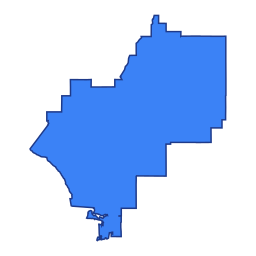 Benito Juárez, Sonora, Mexico (Natural Earth projection)
{"feature_id": "50627088B53965479624602", "entity_name": "Benito Juárez", "entity_type": "district", "adm_level": 2, "iso_a3": "MEX", "parent_name": "Mexico", "parent_adm1": "Sonora", "projection": "natural_earth1", "projection_center": [-109.898, 27.098], "detail": "fine", "context": "isolated", "style": "filled", "palette": "blue", "viewbox_px": 256, "rotation_deg": 0, "n_neighbors": 0, "source": "geoboundaries", "source_scale": "gbopen_adm2", "svg_char_len": 5425}
<svg xmlns="http://www.w3.org/2000/svg" viewBox="0 0 256 256"><path d="M158.6,15.4L154.2,15.4L153.3,19.0L152.7,19.0L152.3,20.0L152.7,23.3L152.3,23.9L151.7,24.5L151.3,24.7L151.2,36.5L141.2,36.5L141.5,37.6L140.8,38.5L139.7,39.3L139.3,39.8L137.6,42.2L136.2,43.3L136.2,51.5L136.3,55.3L129.8,55.4L129.4,56.2L128.6,58.3L128.2,62.7L127.3,64.4L126.7,65.2L126.0,65.9L125.4,66.4L125.2,67.1L124.6,69.6L121.7,74.3L120.3,76.4L120.9,76.9L120.5,77.4L120.9,77.8L121.9,79.6L114.8,79.5L114.8,86.9L98.9,87.0L91.1,87.0L91.2,79.5L89.6,79.6L86.7,79.7L70.4,79.6L70.5,87.0L70.5,91.8L70.5,95.8L61.8,95.8L61.8,99.9L61.6,111.9L46.8,111.9L46.8,121.0L47.3,121.0L47.6,120.9L47.8,120.8L48.2,120.7L48.0,121.7L48.0,122.2L48.1,122.7L48.4,122.9L48.7,123.2L48.4,123.8L47.7,125.1L47.9,125.2L47.6,125.6L42.0,133.0L40.3,135.3L40.1,135.5L38.6,137.6L32.0,146.3L30.1,148.8L30.2,149.3L30.4,149.8L31.0,150.4L31.1,150.6L31.5,150.8L32.1,151.0L32.4,151.3L32.8,152.1L33.3,152.5L33.5,152.7L34.1,153.0L34.3,153.0L35.0,153.4L35.6,153.6L36.7,154.6L37.1,154.7L38.4,155.2L39.1,155.6L39.5,155.7L40.0,156.0L40.7,156.5L41.7,156.8L44.5,157.0L45.3,157.1L45.7,157.2L46.0,157.4L46.8,157.5L47.0,158.5L47.3,159.6L47.5,160.2L48.0,160.8L48.5,161.2L49.6,161.6L49.7,161.9L50.3,162.4L50.6,162.6L51.2,163.5L51.4,163.7L52.4,164.5L52.9,165.2L53.9,165.9L54.1,166.0L54.4,166.2L54.8,166.5L55.6,166.8L55.8,167.5L56.2,168.0L56.6,168.8L57.1,169.3L58.1,170.5L58.3,171.0L59.6,171.7L60.0,172.3L60.4,173.1L61.1,174.0L61.3,174.7L61.6,175.2L62.0,175.6L62.3,176.2L62.6,176.7L63.0,177.2L63.2,177.6L63.5,178.2L63.8,178.5L64.0,178.7L64.3,178.7L64.4,178.8L65.6,182.3L65.5,183.4L65.6,183.8L65.8,184.2L66.1,184.6L66.7,185.2L67.1,185.7L67.7,187.1L68.4,188.0L68.9,188.8L69.1,189.8L69.3,190.6L69.6,191.5L70.1,192.2L70.3,192.3L70.3,192.5L70.8,193.1L71.2,193.3L71.5,193.9L72.0,194.5L72.0,194.9L71.8,195.6L72.0,196.7L72.0,197.2L71.9,198.4L71.7,198.7L71.2,198.8L70.5,198.7L70.0,198.7L71.3,206.3L71.3,206.2L71.6,206.1L93.4,207.7L93.2,207.9L93.2,208.0L93.3,208.2L93.4,208.3L93.6,208.4L93.9,208.4L94.1,208.6L94.4,208.8L94.4,209.1L94.5,209.7L94.6,210.5L94.4,211.0L93.7,212.3L93.4,212.8L93.2,213.1L93.6,213.2L93.9,213.3L94.4,213.3L94.9,213.3L95.1,213.7L95.9,214.0L96.3,213.6L96.5,213.6L96.8,213.7L97.0,213.7L97.5,214.0L97.8,213.9L98.0,214.0L98.4,214.3L98.6,214.4L98.9,214.2L99.1,214.3L99.3,214.5L99.7,214.7L100.4,215.0L100.7,215.3L101.2,215.5L101.7,215.6L102.3,215.5L102.5,215.5L102.8,215.7L103.0,215.7L103.4,215.6L103.8,215.1L104.6,214.6L104.8,214.6L105.2,214.4L105.3,214.5L105.5,214.6L105.8,214.6L106.0,214.8L106.2,214.7L106.5,214.7L106.9,214.6L107.1,214.5L107.3,214.6L107.1,215.4L107.2,215.5L106.9,215.5L106.4,215.7L106.1,215.7L106.0,215.9L104.7,216.6L104.5,216.9L104.4,216.9L104.3,216.7L104.1,216.7L103.9,216.8L103.7,216.9L103.5,217.1L103.4,217.4L103.3,217.9L103.1,218.2L102.8,218.4L99.8,216.9L99.4,218.5L97.6,217.8L96.5,216.4L95.2,215.4L94.0,215.7L93.9,215.3L93.4,215.2L93.2,215.0L92.9,214.8L92.6,214.6L92.3,214.2L92.1,213.7L91.8,212.8L91.9,211.9L92.0,211.5L92.0,211.3L91.3,210.8L90.9,210.6L90.5,210.6L90.3,210.6L89.5,211.1L89.2,211.0L88.3,211.8L88.2,212.4L87.9,212.8L87.9,213.1L88.0,213.4L88.2,213.6L88.0,213.8L87.9,214.0L87.9,214.4L87.7,215.8L86.6,218.1L87.0,218.3L87.8,218.4L88.1,218.4L90.3,218.4L92.0,218.6L92.4,218.4L92.8,218.5L93.4,218.6L94.4,219.0L94.7,219.3L94.9,218.8L98.9,220.0L100.4,220.1L102.5,221.2L102.1,221.6L102.0,221.8L102.0,222.0L102.4,222.1L102.6,222.1L102.9,222.3L103.1,222.2L103.4,222.5L103.5,222.7L103.4,222.9L103.1,222.9L102.8,223.4L102.0,223.4L101.9,223.5L102.2,223.7L102.4,223.8L102.5,224.1L102.6,224.4L103.0,224.6L103.1,225.0L103.0,225.3L102.9,225.2L102.7,225.3L102.4,225.3L102.2,225.0L101.9,225.5L101.9,225.1L102.1,224.9L102.1,224.6L101.9,224.5L101.8,224.3L101.0,224.7L100.8,224.6L100.7,224.7L100.2,224.6L99.9,224.7L99.7,224.5L99.5,224.3L99.4,224.3L99.2,224.5L99.0,224.3L98.8,224.0L98.6,223.9L98.4,223.9L98.5,223.9L98.6,224.0L98.8,224.5L99.0,225.8L99.1,228.8L99.2,233.2L99.3,234.3L99.3,234.5L99.3,235.0L99.4,235.5L99.5,235.6L99.5,236.0L99.8,236.3L100.1,236.4L100.5,236.2L100.8,236.0L100.8,235.9L102.0,235.9L101.8,236.0L101.5,236.5L101.4,237.1L101.2,237.5L100.9,237.4L100.2,237.4L99.9,237.7L99.6,237.8L99.1,237.6L98.1,237.0L97.9,237.1L97.4,238.1L97.1,239.3L96.9,240.1L97.0,240.4L97.5,240.6L97.7,240.4L97.8,240.1L97.9,239.8L98.7,239.8L99.1,239.8L99.2,239.7L99.2,239.4L99.4,239.2L99.7,239.1L100.0,239.2L100.2,238.9L100.4,238.9L100.6,239.0L100.6,238.5L100.8,238.5L101.2,238.4L101.5,238.6L101.6,238.9L101.6,239.3L101.4,239.4L101.2,239.5L101.2,239.8L101.5,239.8L101.7,239.7L102.6,239.4L103.1,239.2L103.7,239.2L103.9,239.3L104.1,239.1L104.6,238.9L104.9,238.9L105.2,238.4L105.4,238.1L105.4,237.8L105.8,237.8L106.1,238.0L106.7,238.5L106.8,238.9L106.9,239.0L108.5,238.1L109.4,232.7L111.5,232.7L111.5,232.3L112.6,232.2L112.6,234.1L111.2,233.5L111.2,236.5L121.2,236.6L121.1,231.4L120.8,227.4L120.8,222.5L121.2,222.2L121.2,216.2L118.3,216.0L121.3,215.7L121.3,208.3L136.2,208.3L136.1,184.2L136.2,180.3L136.2,176.4L136.4,176.2L136.5,175.9L166.1,176.1L166.1,168.2L166.0,144.1L170.6,144.1L170.6,142.4L196.0,142.4L196.1,142.5L199.2,142.5L211.1,142.4L211.0,127.9L222.0,127.9L222.0,119.8L225.6,119.8L225.6,115.9L225.7,107.5L225.6,95.9L225.9,95.6L225.9,79.6L225.8,60.3L225.8,47.4L225.8,36.2L221.9,36.3L210.9,36.3L210.9,36.2L200.8,36.2L200.3,36.1L200.1,36.1L192.4,36.1L181.1,36.2L180.8,36.4L180.9,31.6L166.2,31.6L166.1,30.2L166.1,23.4L158.6,23.3L158.6,15.4Z" fill="#3b82f6" stroke="#1e3a8a" stroke-width="1.5"/></svg>